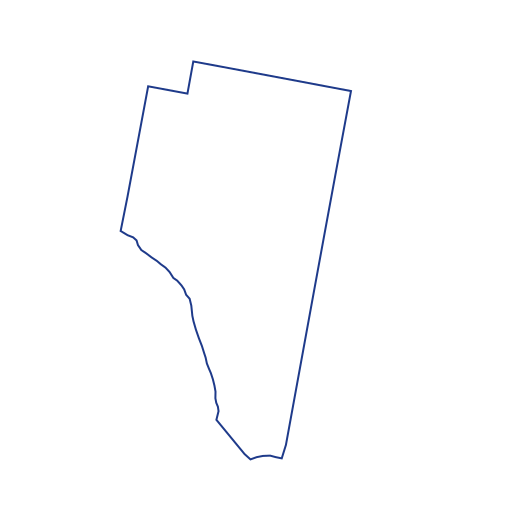 Vicentina, Mato Grosso do Sul, Brazil (Mercator projection), rotated 348°
{"feature_id": "56859067B52074491816851", "entity_name": "Vicentina", "entity_type": "district", "adm_level": 2, "iso_a3": "BRA", "parent_name": "Brazil", "parent_adm1": "Mato Grosso do Sul", "projection": "mercator", "projection_center": [-54.461, -22.488], "detail": "fine", "context": "isolated", "style": "outline", "palette": "blue", "viewbox_px": 512, "rotation_deg": 348, "n_neighbors": 0, "source": "geoboundaries", "source_scale": "gbopen_adm2", "svg_char_len": 834}
<svg xmlns="http://www.w3.org/2000/svg" viewBox="0 0 512 512"><g transform="rotate(348 256 256)"><path d="M208.3,453.8L214.8,452.9L221.2,453.0L228.3,454.2L233.4,456.8L239.1,459.3L246.0,447.0L290.6,338.5L303.0,308.3L327.6,248.6L352.1,189.3L383.2,114.4L260.0,63.0L235.1,52.7L222.7,82.9L185.8,67.6L142.5,171.6L128.8,203.4L134.8,209.0L139.7,212.2L142.4,215.9L142.8,220.8L145.1,226.4L149.2,230.6L153.5,235.6L158.1,240.3L161.1,244.2L165.1,248.6L168.2,253.8L170.6,260.3L173.8,263.7L177.0,269.3L178.8,273.7L179.6,279.4L182.2,284.0L182.4,291.1L181.3,301.3L181.3,306.9L181.9,315.4L183.0,324.3L184.4,332.9L185.1,340.3L185.6,344.9L185.6,350.9L186.6,356.7L187.5,361.2L188.2,367.7L188.4,374.2L188.2,380.2L186.7,386.7L186.6,391.3L187.4,395.5L187.1,400.0L183.2,408.0L203.6,447.3L208.3,453.8Z" fill="none" stroke="#1e3a8a" stroke-width="2"/></g></svg>